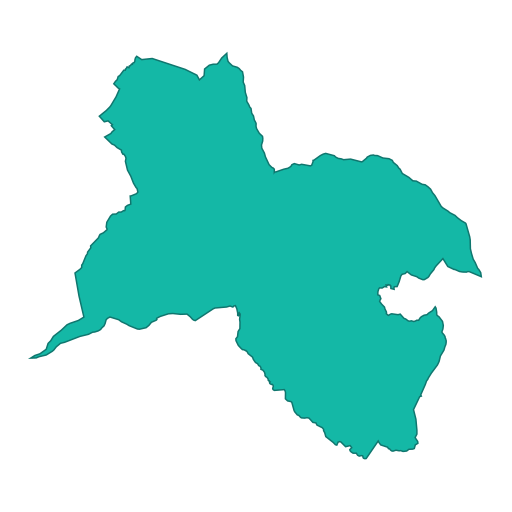 outline of Panaci, Suceava, Romania
{"feature_id": "2599482B10170445838699", "entity_name": "Panaci", "entity_type": "district", "adm_level": 2, "iso_a3": "ROU", "parent_name": "Romania", "parent_adm1": "Suceava", "projection": "orthographic", "projection_center": [25.439, 47.202], "detail": "fine", "context": "isolated", "style": "filled", "palette": "teal", "viewbox_px": 512, "rotation_deg": 0, "n_neighbors": 0, "source": "geoboundaries", "source_scale": "gbopen_adm2", "svg_char_len": 6042}
<svg xmlns="http://www.w3.org/2000/svg" viewBox="0 0 512 512"><path d="M366.2,458.5L378.2,441.0L378.7,442.1L380.7,444.9L387.6,447.2L388.5,448.7L389.5,448.8L390.8,450.3L391.9,451.0L393.1,451.1L396.0,450.2L399.2,450.8L400.7,450.6L402.9,451.4L403.7,451.4L406.7,451.0L408.9,449.3L412.8,449.1L414.3,448.5L415.3,444.9L417.9,443.3L417.7,441.5L415.1,437.6L416.9,434.1L416.9,430.3L415.9,419.2L413.5,409.6L419.7,396.6L421.3,396.1L420.7,394.9L425.3,384.5L426.6,380.8L427.7,379.5L428.2,378.2L431.3,373.2L437.4,365.0L438.4,363.0L439.1,361.4L440.4,356.0L443.9,350.2L444.9,346.7L445.8,344.6L446.1,342.9L446.2,340.9L445.6,338.6L445.2,338.0L445.0,336.5L444.2,335.1L442.1,332.6L441.9,331.9L442.9,328.9L443.3,325.5L442.5,321.4L439.1,316.9L437.1,315.4L436.7,314.3L436.7,312.3L436.0,308.1L435.2,306.8L432.5,310.6L428.5,313.2L427.0,314.7L424.1,315.2L421.4,316.7L420.2,317.8L418.6,320.3L416.8,320.2L415.3,321.1L413.7,321.5L411.3,320.8L409.8,321.2L408.2,320.9L405.7,319.0L404.0,318.4L400.2,314.1L398.1,314.7L391.7,313.8L390.6,314.1L388.3,315.4L386.3,313.7L386.5,312.7L386.4,311.9L384.9,308.9L384.5,307.1L381.6,304.1L379.6,301.4L380.4,299.3L380.9,298.8L379.7,295.5L377.9,294.9L377.8,294.5L377.9,291.7L378.8,288.8L379.5,287.9L382.2,288.0L384.4,286.6L386.6,286.9L386.1,285.0L387.9,285.3L388.1,284.6L390.0,285.0L390.1,285.6L390.8,285.9L390.9,288.5L394.1,289.3L393.9,288.0L394.3,286.7L397.1,286.6L399.1,281.8L400.9,275.8L402.1,274.3L405.2,273.5L407.1,271.6L411.3,274.9L416.8,276.7L418.8,278.1L421.3,279.1L422.9,279.7L424.4,279.6L427.9,277.5L428.9,276.4L430.2,274.1L433.9,269.6L434.7,267.8L436.3,265.7L442.9,258.6L447.8,266.5L454.1,269.5L454.7,269.4L459.5,271.5L462.6,272.0L466.4,272.1L467.7,271.6L469.2,271.6L481.3,276.7L480.7,272.6L478.8,269.5L477.7,268.4L475.2,262.6L473.2,259.2L471.5,253.5L470.4,248.8L470.2,240.0L469.7,236.8L466.0,223.8L465.5,223.1L461.2,220.6L457.4,217.7L455.0,215.4L449.8,212.7L448.1,211.2L443.0,208.0L441.2,206.4L434.9,195.6L432.5,192.7L430.6,189.2L428.0,186.8L425.2,184.8L422.1,184.3L416.3,181.1L412.8,180.8L408.9,177.4L402.3,173.5L400.1,169.2L398.8,168.1L397.2,165.6L393.3,162.4L392.3,160.4L389.0,158.7L382.9,158.0L377.5,155.6L374.7,155.5L373.4,155.0L370.4,155.4L367.2,157.1L366.5,158.2L362.4,161.6L361.6,161.9L350.6,159.1L343.6,159.7L341.1,158.8L338.2,158.4L335.7,157.1L334.3,155.7L325.7,153.4L323.2,154.1L320.3,155.6L313.9,160.2L313.0,160.4L313.1,161.5L311.7,165.2L310.5,165.9L301.6,164.3L299.2,165.0L294.3,163.6L291.9,164.7L290.8,166.5L288.1,168.2L283.8,169.2L275.9,171.9L274.5,172.0L274.3,172.3L274.3,169.2L273.3,168.1L271.8,167.4L269.1,164.7L265.4,156.8L264.4,153.1L261.8,148.2L261.5,145.0L262.7,141.0L262.8,138.3L262.5,136.3L259.3,133.3L256.6,128.7L256.0,126.3L256.1,123.7L255.8,122.7L254.3,119.9L253.5,116.0L251.7,113.2L251.0,108.4L249.8,107.2L248.8,104.8L246.7,101.2L246.9,97.6L245.3,92.4L244.7,85.6L243.2,82.1L243.5,77.1L242.5,71.8L240.7,70.4L239.2,68.6L237.3,67.3L232.5,65.9L229.2,62.8L228.0,61.3L227.1,57.4L226.8,53.3L221.7,58.0L218.5,62.8L216.9,64.2L213.2,64.2L209.3,65.2L204.6,69.0L204.1,75.7L199.4,79.9L196.9,75.2L185.2,69.4L152.2,58.5L141.7,59.6L136.7,56.3L135.5,57.8L135.0,59.5L134.8,61.3L134.1,62.6L133.1,62.9L132.0,63.9L132.2,64.3L131.4,64.3L130.3,65.7L129.3,66.0L128.9,67.7L127.1,66.9L126.1,68.7L125.5,69.0L125.3,70.2L123.8,70.2L119.7,75.6L118.2,76.5L117.2,79.7L115.5,81.3L113.8,83.8L118.2,88.1L119.6,88.9L116.1,96.8L110.8,105.7L109.7,107.1L106.1,110.7L99.3,116.2L104.3,121.8L108.1,120.9L112.4,124.7L111.3,125.7L114.7,129.6L112.0,131.9L110.9,133.5L104.7,137.0L111.9,144.0L114.5,145.1L117.1,147.6L121.4,150.1L121.6,152.0L122.9,154.2L123.8,154.1L125.4,156.4L126.0,158.3L125.4,161.3L127.5,170.1L130.8,176.2L133.5,183.2L136.1,187.6L137.0,188.4L137.9,192.1L136.5,193.7L131.1,195.9L130.2,196.0L130.8,204.1L127.4,205.4L125.4,207.0L125.1,210.0L124.7,210.7L123.6,210.6L121.2,212.1L118.7,212.1L116.3,214.0L112.6,214.2L110.5,216.1L106.8,222.3L106.2,227.0L107.1,229.1L106.9,229.8L103.4,232.8L100.2,234.3L99.6,235.1L98.4,237.9L90.6,245.9L90.8,247.8L87.6,252.1L87.4,253.9L86.0,255.7L82.7,263.8L81.7,265.1L81.7,267.5L80.1,269.2L75.0,273.0L79.0,296.0L83.9,317.1L78.3,320.5L70.1,323.3L67.0,324.8L61.3,330.2L53.4,336.4L50.7,340.8L48.1,343.4L46.2,349.3L39.9,353.8L34.8,355.5L30.7,358.1L36.2,357.9L39.0,356.7L46.2,355.0L52.1,351.4L53.7,350.1L56.3,346.8L60.5,343.3L64.6,342.3L79.9,336.4L88.5,334.3L92.6,332.2L94.7,332.0L98.2,330.9L100.6,329.5L101.9,327.8L104.0,325.9L105.1,323.5L106.1,319.8L107.4,318.4L109.9,317.0L118.7,319.7L121.5,321.8L126.8,324.2L129.0,325.6L137.4,329.0L139.5,329.2L146.1,327.7L148.9,325.4L151.4,322.3L156.2,320.2L156.9,319.5L156.6,318.6L156.9,318.1L160.3,316.4L168.4,313.8L172.8,313.5L180.6,314.3L187.0,314.1L190.3,316.8L192.5,319.3L193.9,320.2L195.3,320.6L213.2,308.8L215.0,308.0L226.6,307.0L230.0,306.0L232.7,307.0L233.4,306.7L233.8,306.0L235.4,305.6L236.8,308.7L237.7,313.1L237.7,315.4L238.4,315.8L239.1,315.4L238.8,313.3L239.2,312.7L240.1,314.0L240.2,314.7L239.6,319.3L240.0,322.0L239.9,328.6L238.1,331.5L237.5,336.7L235.9,338.7L236.0,340.7L238.3,345.4L240.9,348.2L242.4,349.6L244.1,349.8L245.8,350.8L246.0,350.6L247.2,351.8L248.2,353.7L252.5,357.1L253.4,359.5L255.5,362.5L257.6,363.7L258.7,365.6L260.2,366.3L261.0,368.0L260.9,369.3L262.8,370.1L264.3,371.9L265.0,374.0L265.0,375.5L265.6,376.5L267.0,377.4L268.1,378.9L268.2,380.2L268.7,380.8L269.3,380.8L269.5,381.9L270.1,382.0L269.6,382.8L269.7,383.2L270.3,383.9L271.7,384.5L272.1,384.3L273.0,385.1L273.3,386.2L272.7,388.5L273.0,389.5L274.3,390.4L284.3,389.6L285.1,390.9L285.5,392.6L285.4,398.8L287.6,400.9L290.9,401.6L291.8,402.3L294.1,410.6L294.8,411.9L297.3,414.9L298.8,415.4L300.6,417.4L301.6,417.9L304.6,418.1L307.0,417.7L309.0,418.1L312.9,422.4L315.9,422.9L317.0,425.1L322.3,427.7L323.6,429.3L323.6,430.7L324.7,432.7L325.8,436.6L333.3,442.5L335.4,444.7L336.8,445.1L338.1,442.1L339.8,441.6L340.9,442.0L345.6,446.7L350.2,445.6L351.7,447.7L349.8,449.6L350.1,450.8L351.1,451.9L353.1,453.2L356.3,453.2L357.6,455.2L359.2,456.1L361.3,455.6L362.6,455.8L362.9,456.4L363.1,457.7L363.7,458.3L364.9,458.7L366.2,458.5Z" fill="#14b8a6" stroke="#0f766e" stroke-width="1.5"/></svg>